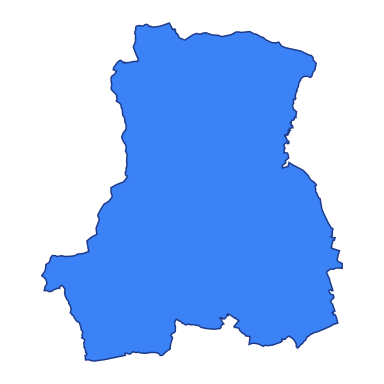 outline of Chiojdeanca, Prahova, Romania
{"feature_id": "2599482B41397862941548", "entity_name": "Chiojdeanca", "entity_type": "district", "adm_level": 2, "iso_a3": "ROU", "parent_name": "Romania", "parent_adm1": "Prahova", "projection": "natural_earth1", "projection_center": [26.277, 45.174], "detail": "fine", "context": "isolated", "style": "filled", "palette": "blue", "viewbox_px": 384, "rotation_deg": 0, "n_neighbors": 0, "source": "geoboundaries", "source_scale": "gbopen_adm2", "svg_char_len": 5921}
<svg xmlns="http://www.w3.org/2000/svg" viewBox="0 0 384 384"><path d="M297.4,348.0L298.8,347.1L300.8,344.5L302.3,343.7L304.1,341.2L305.7,340.0L306.7,337.5L307.5,336.6L308.6,336.2L309.5,335.1L314.4,332.5L316.3,332.2L326.5,328.0L331.6,325.6L333.3,324.4L337.8,323.1L336.4,317.6L335.4,315.1L334.5,314.5L333.5,314.8L333.4,313.5L333.0,312.9L332.2,312.8L332.7,312.2L333.3,312.5L333.3,311.7L335.0,310.9L334.3,309.7L332.8,304.9L330.6,301.5L331.8,299.3L333.0,298.9L333.1,298.1L333.8,297.7L333.5,297.4L333.8,296.8L333.3,294.9L330.9,294.4L330.0,293.3L329.1,291.0L329.1,290.2L329.8,289.9L331.0,289.9L331.9,290.8L332.9,290.6L329.8,281.0L329.5,279.0L326.6,272.7L326.9,271.7L330.6,269.0L333.4,269.3L336.2,267.9L342.2,268.3L342.2,263.5L339.6,262.3L337.8,261.1L337.2,260.2L337.9,255.4L339.5,250.8L332.0,248.4L331.5,247.8L331.7,246.9L331.3,246.7L333.1,240.1L334.3,240.3L335.1,237.7L332.1,237.4L330.9,236.8L332.4,235.3L332.1,233.8L332.3,233.5L332.4,230.7L333.0,228.9L331.1,227.5L328.7,223.8L323.3,212.7L321.8,208.8L320.1,198.7L319.1,198.1L318.1,196.8L316.8,193.2L315.6,191.7L315.7,189.3L315.0,186.1L316.4,185.4L315.8,184.1L314.2,182.3L310.5,179.7L307.8,175.0L303.3,170.5L291.5,164.2L289.1,162.5L288.0,166.5L282.5,168.0L282.4,165.5L285.6,163.0L285.8,162.4L285.3,160.8L288.7,158.0L288.4,157.3L288.5,156.2L288.0,155.4L288.1,154.5L287.4,153.1L284.9,152.6L284.0,152.9L284.0,152.5L284.3,149.4L285.0,148.3L283.8,145.2L285.0,143.6L286.5,142.5L287.7,143.7L288.7,143.5L288.9,143.3L288.5,142.6L289.0,141.8L288.3,141.0L287.3,140.7L286.2,137.6L285.4,136.4L284.5,136.1L284.6,135.3L285.3,134.6L286.6,135.2L287.2,134.6L287.7,135.0L288.3,134.1L287.4,133.7L287.7,132.9L288.0,132.6L288.6,133.0L289.3,132.1L288.2,130.9L289.6,130.9L290.4,130.3L289.1,129.1L289.2,128.5L292.8,127.7L292.3,127.2L292.7,126.1L292.1,125.4L291.2,125.2L291.3,123.9L290.3,123.1L291.2,122.6L291.3,121.4L292.1,120.2L293.4,120.1L294.1,119.4L294.6,117.9L294.5,117.5L296.0,117.4L295.6,116.7L295.9,116.4L296.5,111.7L293.6,109.4L292.4,105.5L293.7,103.0L293.3,99.6L293.9,99.0L295.1,99.6L295.9,98.2L295.1,97.0L295.9,93.0L297.2,90.6L296.6,89.9L298.2,86.9L299.1,82.4L300.8,79.9L301.0,78.4L303.7,76.6L305.6,76.2L307.8,76.4L310.6,77.4L312.0,75.8L312.7,72.6L314.9,69.9L316.2,63.3L313.1,59.9L313.1,57.4L312.4,57.0L311.4,55.5L308.8,55.0L300.6,51.0L285.8,47.8L282.3,46.4L280.9,45.3L279.2,42.6L278.5,42.1L275.8,42.9L271.7,42.6L266.0,39.9L263.2,37.5L260.9,36.9L256.7,34.4L254.0,33.8L249.8,31.6L241.1,32.5L239.1,32.0L236.0,32.0L231.0,34.8L221.9,36.6L220.7,36.5L218.8,35.4L212.0,34.9L206.0,32.8L202.7,33.1L201.4,34.3L200.0,33.9L198.4,34.2L196.9,33.4L192.8,34.8L184.8,40.1L179.4,37.9L178.5,36.4L178.2,35.1L177.1,34.3L177.0,33.6L176.2,33.5L175.6,31.8L175.0,31.3L175.6,30.2L175.3,29.5L174.4,28.9L172.8,29.6L169.3,23.0L160.3,26.2L153.8,27.1L152.4,27.0L151.2,26.4L149.6,26.7L148.7,25.4L146.6,24.3L145.0,24.7L142.9,26.1L139.1,25.5L136.2,26.3L135.5,28.6L135.9,29.6L135.2,30.7L134.7,33.4L135.6,35.0L135.4,37.4L135.7,38.3L135.4,39.0L135.6,41.1L133.3,47.0L136.7,55.9L138.2,58.7L137.8,61.3L133.4,61.5L130.2,62.3L124.2,63.0L123.8,62.8L124.2,62.2L122.6,62.2L120.9,60.3L119.7,60.5L117.0,62.9L113.7,67.5L113.1,70.3L113.5,69.7L116.6,71.3L114.6,74.2L111.5,76.5L111.1,78.2L111.2,82.1L111.8,84.2L111.1,88.6L111.8,90.1L115.8,94.1L116.7,95.4L116.6,96.6L117.2,98.9L116.5,100.2L116.4,101.3L119.5,103.0L121.0,104.8L121.2,107.5L122.2,109.2L122.8,115.4L124.3,117.4L124.8,118.9L124.8,121.6L126.2,125.1L126.0,129.3L123.3,132.8L121.7,136.9L122.1,138.5L123.8,142.3L125.3,144.2L126.3,146.9L125.5,150.9L127.1,154.4L126.6,162.1L127.0,163.3L126.7,167.0L126.0,168.2L126.3,170.2L125.3,172.3L125.5,174.9L127.5,176.4L125.4,179.7L123.3,182.0L116.3,184.7L111.0,187.7L111.1,192.8L112.2,195.9L111.7,197.7L108.6,201.4L103.9,204.3L100.8,209.3L98.0,214.5L98.1,216.7L99.5,219.3L96.1,228.1L96.8,234.4L91.8,236.9L86.9,240.9L88.7,251.8L87.1,252.0L83.2,253.5L77.2,254.2L75.0,255.7L70.4,256.3L64.7,256.5L61.6,255.7L57.0,256.6L55.6,255.7L52.3,255.5L50.4,258.0L50.2,260.0L49.0,262.7L45.9,264.5L45.4,269.7L44.0,272.7L41.8,275.4L42.2,276.3L44.1,277.1L44.6,278.2L45.9,279.3L46.9,282.8L46.9,283.9L45.2,286.4L44.2,290.6L46.7,290.5L49.1,291.6L51.4,291.4L54.1,289.5L55.7,289.2L57.6,288.1L59.5,288.4L59.9,286.3L62.2,285.4L64.9,288.9L64.7,290.1L65.1,291.2L64.5,292.6L65.4,296.5L67.2,299.9L68.9,301.8L68.7,303.4L70.1,305.5L70.9,307.5L71.1,309.2L70.3,312.9L71.7,313.8L72.0,314.9L73.0,315.4L75.7,320.0L77.5,321.8L79.4,322.7L81.1,328.0L81.0,329.4L82.8,331.9L82.0,335.3L82.4,336.9L81.7,337.8L83.9,338.9L84.7,340.1L83.8,343.2L84.2,345.6L84.0,347.3L85.1,348.5L85.8,352.8L86.6,353.2L86.8,354.3L86.5,355.0L85.0,355.6L85.4,357.1L85.4,359.2L85.7,360.0L88.3,359.7L91.9,360.8L94.6,361.0L104.6,359.6L125.3,355.3L124.7,353.7L125.2,353.2L126.4,353.1L128.2,353.9L130.6,353.9L132.5,351.8L136.6,352.6L138.8,352.1L140.4,352.9L145.1,353.3L148.6,352.9L150.2,352.2L151.1,352.6L154.6,352.4L157.9,353.1L159.9,354.5L160.1,355.5L162.5,355.3L166.7,351.2L170.1,349.1L170.5,344.4L172.6,337.6L170.7,335.6L172.5,333.5L174.8,332.1L175.2,331.5L175.5,326.9L174.6,323.7L174.7,322.6L175.9,319.5L176.6,319.3L179.0,320.9L181.1,321.5L182.1,323.1L184.1,323.8L185.5,324.9L188.5,324.1L191.0,324.8L194.0,324.6L195.8,325.4L198.4,325.4L201.2,327.4L205.6,328.4L212.4,329.1L216.2,329.1L218.1,328.5L219.1,328.8L220.2,328.4L221.1,327.4L220.9,325.6L223.8,323.8L221.9,321.6L221.4,319.2L219.9,318.1L221.5,317.6L223.4,319.0L224.5,318.9L225.9,317.5L226.9,315.6L228.1,315.6L227.2,314.4L227.7,313.9L230.4,314.9L234.6,318.1L235.7,317.9L236.1,318.8L238.8,320.7L238.5,321.6L237.4,322.3L234.0,326.6L234.1,327.0L234.8,327.5L237.2,327.7L239.0,328.4L239.8,330.5L242.6,333.3L244.9,334.3L245.5,335.8L250.1,336.6L249.1,344.5L251.8,343.4L255.3,343.3L259.1,344.2L263.3,346.3L265.3,345.2L267.3,345.7L272.8,345.0L280.7,342.2L282.2,341.1L281.6,340.1L281.7,339.4L282.9,338.8L283.9,339.5L285.0,339.3L287.0,337.3L288.9,336.0L292.9,338.7L295.2,341.7L296.3,344.1L296.3,346.6L297.4,348.0Z" fill="#3b82f6" stroke="#1e3a8a" stroke-width="1.5"/></svg>